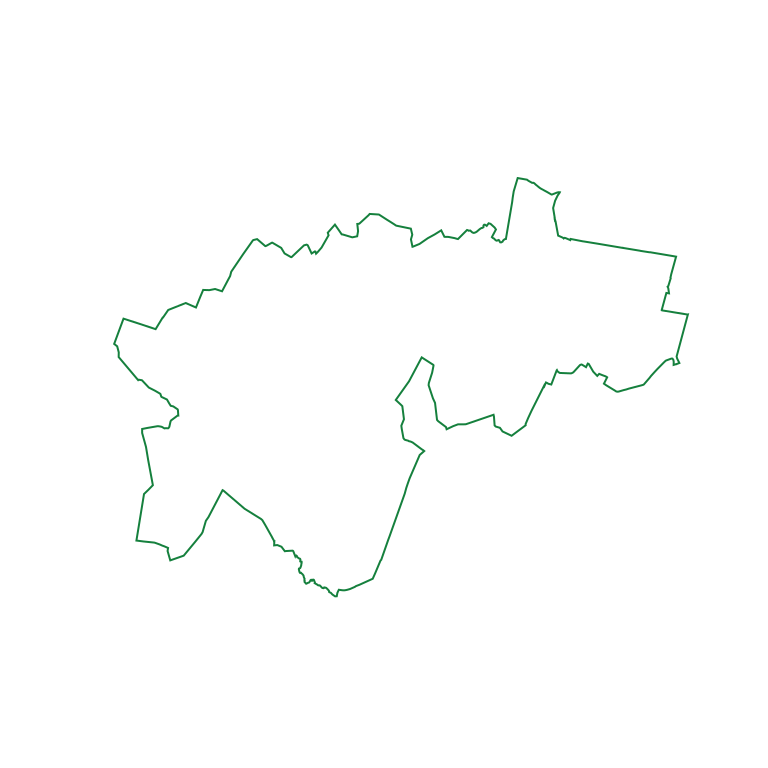 outline of Vircavas pag., Jelgava, Latvia, rotated 112°
{"feature_id": "27541924B57397362903980", "entity_name": "Vircavas pag.", "entity_type": "district", "adm_level": 2, "iso_a3": "LVA", "parent_name": "Latvia", "parent_adm1": "Jelgava", "projection": "robinson", "projection_center": [23.832, 56.527], "detail": "fine", "context": "isolated", "style": "outline", "palette": "green", "viewbox_px": 768, "rotation_deg": 112, "n_neighbors": 0, "source": "geoboundaries", "source_scale": "gbopen_adm2", "svg_char_len": 6058}
<svg xmlns="http://www.w3.org/2000/svg" viewBox="0 0 768 768"><g transform="rotate(112 384 384)"><path d="M205.7,128.3L205.9,128.6L211.6,153.9L211.5,154.2L193.8,156.3L193.2,153.7L188.7,156.3L187.6,157.5L186.6,157.1L178.5,157.8L178.2,158.2L174.7,158.8L156.5,160.9L157.2,164.2L160.6,179.6L162.1,186.4L162.4,187.1L164.5,196.1L164.5,196.4L168.2,212.9L168.2,213.2L168.3,213.2L173.9,238.6L177.0,252.2L177.2,252.9L179.6,265.3L180.8,265.2L180.7,270.2L180.8,271.1L181.0,271.6L181.7,271.9L181.5,272.3L181.3,274.0L181.2,277.2L181.2,278.1L168.9,285.9L169.0,286.3L168.5,286.7L167.8,286.8L167.3,287.2L167.3,287.4L166.0,288.1L165.9,288.0L157.5,293.1L150.0,294.0L144.1,293.6L141.2,292.9L140.6,292.8L140.4,292.8L140.7,293.8L141.6,295.2L145.3,299.1L145.6,299.7L144.9,304.6L144.1,311.6L143.8,313.2L142.3,318.0L141.6,319.8L141.5,320.4L141.5,321.0L142.0,322.0L141.5,326.1L141.0,328.0L143.0,337.2L156.8,335.9L162.9,334.5L167.4,333.3L203.9,325.3L204.0,325.5L204.6,326.4L206.3,327.3L207.6,327.4L208.8,328.4L209.1,329.3L208.5,330.3L207.9,330.7L207.6,331.2L207.6,331.9L208.4,332.5L208.9,333.2L208.9,334.2L208.6,335.0L207.9,336.6L207.9,337.2L207.9,337.7L207.4,339.0L198.8,338.1L197.5,340.0L195.6,345.2L195.8,347.2L198.9,348.0L198.7,348.6L198.7,349.0L198.5,350.2L198.8,350.8L199.5,351.1L199.9,351.1L201.3,350.5L201.5,350.6L202.5,351.4L202.8,352.0L203.3,352.4L204.6,353.3L208.1,355.1L209.1,355.9L210.0,356.9L210.4,357.8L210.3,359.2L209.4,361.5L210.2,363.0L210.0,363.8L210.1,364.7L221.9,369.7L222.1,371.1L222.3,373.2L223.5,379.4L224.9,383.1L220.1,388.5L226.4,393.1L232.4,398.0L240.8,403.5L245.9,408.7L246.1,409.0L239.8,413.2L235.0,413.7L229.9,417.3L232.6,432.0L232.5,432.6L232.1,434.4L231.2,439.2L230.6,442.7L229.5,448.4L228.8,452.0L228.8,452.3L231.7,461.0L233.2,461.5L244.5,466.9L244.8,467.2L245.6,468.7L252.0,465.3L257.1,464.2L259.8,468.2L259.9,468.5L260.8,478.1L261.1,479.3L258.3,483.5L254.6,489.2L264.8,492.8L266.9,491.1L280.9,493.0L286.5,494.9L288.6,495.8L286.9,497.2L286.9,497.7L290.1,500.0L284.0,506.6L283.8,507.4L283.8,508.0L285.4,510.1L300.9,517.2L301.1,517.4L301.2,517.8L300.2,525.1L296.3,530.3L294.8,540.5L295.0,540.9L299.4,544.4L300.5,545.4L300.6,545.8L297.2,555.9L299.5,559.1L300.1,559.4L316.2,563.2L337.1,567.7L341.6,567.1L345.1,567.5L358.7,568.9L359.2,576.2L362.4,581.1L364.1,585.7L364.5,586.9L372.3,587.0L383.5,587.0L383.2,598.2L396.2,611.8L405.2,613.8L405.3,614.1L418.7,616.3L419.8,633.5L421.0,650.0L447.9,649.2L449.0,645.5L454.0,641.8L458.4,640.1L472.5,613.4L472.1,613.2L471.9,613.0L471.2,609.9L471.3,609.6L475.4,600.7L476.0,593.9L476.8,588.3L477.0,587.6L479.1,585.8L479.3,585.5L479.7,579.4L482.3,576.1L484.1,573.6L483.7,571.0L484.8,565.9L485.4,565.3L490.3,562.9L490.5,563.5L497.6,567.8L498.7,567.9L504.1,567.0L505.2,567.2L505.9,567.5L506.8,570.0L507.0,570.3L507.4,570.9L507.0,573.7L507.0,574.3L507.3,575.9L507.7,577.5L508.1,578.4L513.3,586.8L516.3,591.4L520.0,589.9L531.5,581.1L542.8,574.2L564.4,560.4L570.3,562.8L575.9,565.3L621.9,554.9L620.1,548.0L617.1,537.6L617.0,536.9L616.8,531.8L616.9,529.0L616.8,527.0L616.9,522.8L619.9,522.1L627.6,516.1L618.2,505.4L600.9,499.9L591.4,497.0L589.2,496.7L586.4,497.0L577.6,497.9L573.2,496.9L542.9,493.9L543.0,492.9L545.3,486.1L551.9,466.5L554.1,453.9L555.2,447.5L555.5,446.6L555.8,445.8L559.0,441.6L568.2,430.1L568.3,430.1L570.3,427.6L571.3,426.9L571.1,426.7L574.8,425.4L573.3,422.6L573.3,418.1L576.2,413.3L575.6,412.3L572.8,406.4L572.8,406.0L573.0,405.5L576.9,401.8L576.6,401.8L576.1,401.4L575.9,401.2L576.1,400.4L577.1,399.6L577.2,399.3L577.2,398.5L577.6,397.3L577.5,396.4L577.6,396.2L578.5,395.5L579.5,395.4L579.9,395.2L580.0,394.9L580.0,394.5L579.8,394.1L579.7,393.8L580.8,393.3L581.4,393.3L583.3,392.8L585.6,392.7L586.1,392.8L586.7,393.3L587.0,393.7L587.6,393.6L588.6,392.9L589.4,392.4L589.6,392.1L590.2,391.7L590.6,391.0L590.5,390.8L590.1,390.3L590.1,390.2L590.5,389.7L590.7,388.7L591.7,386.9L593.1,386.0L593.9,385.2L594.3,384.7L595.6,384.4L596.1,384.1L596.2,383.8L597.2,383.6L597.5,383.2L597.8,382.3L598.3,381.7L598.2,381.1L597.0,380.2L596.1,379.1L595.0,378.8L593.3,378.6L592.8,378.2L592.7,377.7L593.0,377.4L593.4,377.1L593.2,376.7L592.6,376.5L592.0,376.5L591.8,376.0L591.9,375.6L593.4,374.2L593.9,373.7L594.3,373.5L594.6,373.6L594.7,373.2L595.0,370.8L595.2,370.1L595.3,369.8L595.2,369.1L594.8,368.2L595.2,367.1L596.1,365.2L596.2,364.6L596.0,363.6L595.6,363.3L595.0,363.2L595.0,362.5L594.7,362.0L594.7,361.2L595.3,359.7L596.2,357.8L597.5,356.8L597.5,355.1L598.5,353.0L599.2,349.8L598.5,348.3L595.0,349.0L591.7,348.8L590.8,345.2L590.2,343.6L589.6,342.5L588.6,341.0L586.8,338.7L583.1,335.1L581.8,334.2L579.4,331.6L568.8,321.5L563.0,321.3L549.0,321.1L548.1,320.7L527.1,321.7L523.2,321.8L478.0,323.7L472.0,324.4L466.9,324.7L461.8,324.9L436.4,324.3L431.1,321.6L430.7,322.9L430.4,324.6L427.5,335.5L427.4,337.7L427.7,339.6L427.5,340.2L427.9,343.5L427.7,344.4L426.9,345.7L419.0,350.7L416.2,352.3L409.2,352.3L397.7,358.7L397.0,360.3L394.4,367.1L372.1,361.8L345.2,359.0L347.8,345.4L348.3,345.0L355.5,343.6L366.2,342.8L368.4,342.2L378.9,333.3L382.4,329.6L397.4,321.4L398.2,319.8L400.7,310.4L402.5,309.0L397.1,304.0L393.7,300.3L391.4,294.7L390.7,293.1L371.5,270.9L373.1,269.8L381.0,265.9L381.6,264.4L381.2,260.1L383.6,256.3L384.2,246.3L369.2,237.2L368.1,237.7L361.6,237.6L353.7,237.2L325.4,234.9L325.8,234.5L321.9,234.4L322.0,232.7L322.2,231.9L322.2,231.4L321.8,228.7L306.6,229.0L306.3,228.9L307.3,227.8L307.9,225.4L307.7,224.6L304.3,215.1L303.9,214.3L302.8,213.2L301.7,212.6L293.1,209.4L292.4,208.8L291.9,208.1L291.9,207.7L292.6,203.5L292.7,203.0L288.7,202.7L288.7,201.7L294.2,194.6L296.6,189.3L294.0,188.3L294.0,184.5L293.9,181.7L294.0,180.3L294.2,179.6L301.3,180.2L301.6,178.9L301.9,177.7L303.6,167.4L303.9,166.2L303.8,165.0L303.2,163.7L299.8,159.4L298.3,157.3L296.6,155.3L288.8,144.8L287.6,143.3L287.1,142.9L278.6,140.0L276.7,139.5L271.5,137.6L267.6,136.1L259.2,132.6L257.0,131.6L256.5,131.2L252.9,127.2L252.5,126.5L252.4,126.0L253.3,124.7L254.9,123.7L257.8,122.6L256.0,120.4L256.0,120.2L255.8,120.1L253.9,118.0L253.7,118.2L251.0,121.3L250.5,121.8L248.9,123.0L205.7,128.3Z" fill="none" stroke="#15803d" stroke-width="2"/></g></svg>